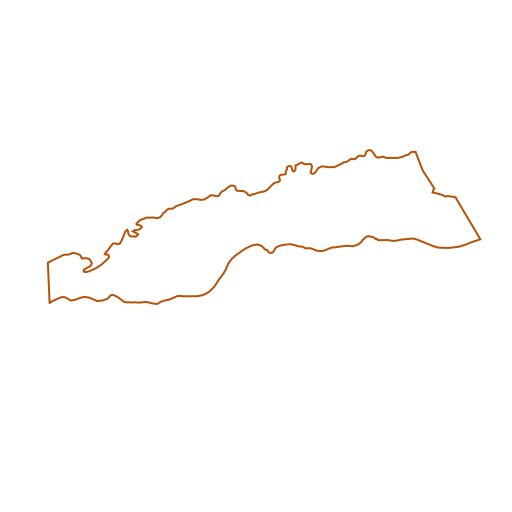 outline of Debreiul, Choiseul, Saint Lucia, rotated 58°
{"feature_id": "8701671B40414621404718", "entity_name": "Debreiul", "entity_type": "district", "adm_level": 2, "iso_a3": "LCA", "parent_name": "Saint Lucia", "parent_adm1": "Choiseul", "projection": "robinson", "projection_center": [-61.025, 13.789], "detail": "fine", "context": "isolated", "style": "outline", "palette": "amber", "viewbox_px": 512, "rotation_deg": 58, "n_neighbors": 0, "source": "geoboundaries", "source_scale": "gbopen_adm2", "svg_char_len": 6102}
<svg xmlns="http://www.w3.org/2000/svg" viewBox="0 0 512 512"><g transform="rotate(58 256 256)"><path d="M293.1,69.0L271.8,69.3L252.1,65.5L251.1,67.5L250.1,68.9L250.4,70.9L250.9,72.9L250.0,75.7L249.6,78.1L249.2,80.2L247.7,84.5L246.2,86.5L244.8,89.0L244.0,89.8L242.5,92.7L241.0,94.3L239.2,95.4L237.9,98.7L237.3,100.3L236.1,101.4L234.8,101.8L228.5,102.1L227.0,102.7L225.9,104.7L225.8,106.8L226.1,107.3L227.3,108.7L228.3,109.9L228.5,111.7L227.4,113.3L226.1,114.3L225.5,116.2L225.7,117.4L225.9,118.6L226.3,119.9L226.0,121.4L224.1,123.6L223.9,124.9L224.2,127.8L224.2,129.6L223.3,131.4L223.0,132.3L223.1,135.0L222.5,139.4L222.2,141.8L221.9,143.1L220.9,144.3L219.9,146.2L219.1,147.5L217.3,149.6L215.8,151.4L214.7,153.2L214.6,155.4L214.4,156.6L215.5,159.0L216.5,161.5L216.8,162.5L216.5,164.3L215.6,165.1L214.7,165.3L214.2,165.4L211.7,162.9L210.6,161.7L209.8,161.1L208.5,160.8L207.1,160.9L206.1,162.3L205.2,164.0L204.2,165.6L203.4,166.5L201.6,167.2L200.7,168.1L200.6,169.3L200.4,172.9L200.2,174.5L201.9,175.6L203.2,176.3L204.1,177.6L204.4,178.4L204.4,179.1L203.5,179.8L202.7,179.8L201.2,179.2L199.6,178.9L198.1,179.1L197.3,179.9L197.0,181.5L197.3,182.7L199.0,184.0L199.6,185.4L200.1,186.2L201.4,186.6L202.1,187.2L202.2,188.1L201.5,189.7L200.7,191.2L200.4,192.3L200.5,193.7L201.2,194.4L202.5,195.1L203.9,195.2L204.9,196.0L205.1,197.0L204.9,198.4L204.2,200.1L203.8,202.0L204.2,204.4L205.7,210.9L205.8,213.6L205.4,215.3L203.5,220.4L203.2,222.0L202.9,223.2L202.7,224.6L201.9,226.1L201.7,226.7L201.7,229.0L200.2,230.2L199.7,230.4L197.8,230.5L195.4,231.5L193.5,233.2L192.6,234.9L191.5,236.1L190.9,237.3L189.9,237.8L188.5,237.9L187.2,237.1L186.0,237.0L184.0,238.3L183.1,239.6L182.9,242.1L183.2,245.8L183.7,247.5L183.2,250.4L183.9,253.1L185.3,255.6L184.4,257.8L181.8,260.4L180.4,262.4L180.8,265.3L180.5,270.4L179.1,273.2L176.9,275.6L174.6,278.9L174.0,284.2L173.3,288.0L172.5,292.4L171.8,295.6L171.4,296.4L171.6,299.7L171.6,302.0L169.8,304.5L169.7,307.2L170.4,309.7L170.4,311.5L171.8,314.8L172.3,317.2L171.4,320.0L169.0,322.6L166.8,326.4L165.4,328.5L165.0,331.6L164.1,334.8L164.7,338.3L165.4,340.4L166.4,340.4L167.6,339.2L168.6,338.0L170.5,337.3L171.4,338.0L171.5,341.0L170.7,343.8L169.8,345.1L169.8,347.3L173.9,345.0L174.6,344.5L175.3,344.6L175.8,346.4L175.7,348.0L174.1,349.9L172.9,352.1L170.3,352.6L167.7,351.8L166.8,351.3L165.7,351.3L165.7,353.2L167.2,355.6L169.3,358.4L172.1,362.4L173.3,364.8L172.8,366.9L170.4,369.1L169.7,370.5L170.5,373.5L171.5,375.6L172.5,378.3L173.3,381.1L174.0,383.2L175.1,382.9L176.4,380.7L178.3,380.7L179.3,381.6L180.1,384.2L180.5,386.4L181.4,392.1L181.5,398.6L180.7,404.5L180.0,407.6L178.6,410.0L177.5,410.2L176.4,409.2L176.4,405.6L176.8,403.2L176.6,400.8L174.8,398.9L172.2,398.8L169.8,399.2L167.7,401.3L166.2,404.6L165.5,405.1L164.4,404.6L161.4,404.9L158.2,407.5L156.2,409.9L155.8,413.2L155.0,415.1L153.2,418.0L151.3,436.0L187.1,456.3L186.9,456.1L186.5,455.4L186.3,453.9L186.5,452.0L187.0,447.3L187.6,444.1L187.7,443.2L188.2,442.0L189.5,440.1L192.0,438.5L195.5,436.9L197.1,433.3L197.3,432.1L197.6,431.1L198.7,426.0L199.0,425.4L199.3,424.3L199.6,423.4L202.7,419.7L206.6,416.9L210.2,414.4L211.0,412.4L212.6,409.3L213.1,406.7L213.5,405.6L213.5,403.7L213.1,402.8L213.0,402.3L212.6,401.2L212.4,400.1L212.9,398.5L213.3,397.7L214.5,396.9L216.2,395.8L217.4,395.3L218.3,394.7L223.8,392.7L224.9,392.1L225.9,391.5L226.1,391.0L226.8,390.2L227.4,389.2L227.7,388.5L228.5,387.6L229.3,386.2L230.5,384.5L230.9,383.6L231.7,382.4L233.4,380.1L234.0,378.9L234.5,378.2L235.7,375.5L236.5,373.7L237.8,372.3L240.1,370.2L240.8,369.5L242.2,367.9L244.3,365.2L244.4,363.0L244.3,361.8L244.9,358.6L245.2,357.4L246.3,354.6L246.9,353.2L247.8,347.5L248.2,345.3L248.3,343.6L248.4,343.4L249.2,342.4L250.1,340.8L251.2,339.7L251.7,339.0L253.2,336.5L254.7,334.2L256.3,331.3L258.1,328.7L259.6,325.6L260.1,324.1L261.0,321.8L261.4,318.2L261.5,316.3L261.5,315.2L261.3,313.9L261.0,312.2L259.9,307.6L259.1,305.7L257.8,303.0L257.2,301.6L256.3,300.0L254.9,296.1L253.8,293.4L253.6,292.7L253.2,292.0L251.3,288.5L250.6,287.8L249.9,286.6L248.8,284.9L248.2,284.2L247.7,283.4L246.7,280.9L245.5,277.8L245.4,277.0L245.3,276.0L244.8,274.2L244.8,272.4L244.5,270.8L244.4,268.9L244.5,268.0L244.5,267.5L244.3,266.8L244.2,265.6L244.1,260.9L244.3,258.9L244.5,258.3L244.6,256.0L244.8,254.9L245.2,253.2L246.3,250.4L246.5,249.5L246.7,249.4L247.3,248.6L248.2,247.7L249.0,246.9L249.8,246.3L250.7,245.9L252.5,245.4L253.9,245.1L254.6,245.1L255.5,244.7L256.1,244.0L256.6,243.5L257.1,243.3L257.5,243.3L258.1,243.4L258.9,243.3L259.8,243.1L260.6,242.6L260.9,242.3L261.3,241.7L261.6,240.9L261.8,240.3L261.8,239.8L261.2,238.2L260.9,237.6L260.1,236.3L259.7,235.5L259.5,234.8L259.4,233.8L259.4,233.2L259.5,232.8L259.8,231.3L260.0,230.1L260.3,229.2L261.8,225.3L262.7,223.5L263.3,222.3L263.8,221.3L264.0,220.9L264.6,220.2L266.0,218.6L267.2,217.5L268.9,216.1L270.3,214.8L271.1,213.9L272.3,212.2L273.0,211.5L273.4,211.3L273.7,211.0L274.6,210.5L275.3,210.3L275.8,209.9L276.1,209.4L276.7,208.2L277.7,206.6L278.2,205.9L279.2,205.0L279.7,204.5L282.3,202.7L284.1,201.2L285.0,200.1L286.1,198.6L286.6,197.7L286.9,197.1L287.6,194.8L288.0,193.0L288.2,191.0L288.9,188.0L289.1,187.2L289.3,186.7L289.6,186.1L290.4,184.6L293.0,178.8L293.4,178.0L294.3,175.8L294.8,174.7L295.1,174.1L298.0,170.2L298.8,169.1L299.0,168.6L299.6,166.5L300.1,165.1L300.2,164.5L300.3,162.9L300.2,160.8L300.0,160.0L300.0,159.8L299.9,159.2L298.9,156.9L298.6,155.2L298.4,154.5L298.2,153.5L298.2,152.1L298.3,151.3L298.6,150.3L298.7,150.1L299.9,149.1L300.0,148.9L300.8,148.1L302.8,146.1L303.1,145.9L304.1,145.9L304.4,145.8L304.9,145.5L305.2,145.0L305.4,144.5L305.7,144.3L306.9,144.3L307.1,144.2L307.3,144.0L307.5,143.6L307.7,143.2L308.5,142.2L311.7,136.8L312.9,135.0L313.6,134.4L315.0,132.7L315.9,131.7L316.1,131.2L317.2,129.2L319.3,123.6L321.7,118.9L323.2,115.9L324.2,113.8L328.0,110.2L329.8,109.0L337.0,103.8L338.7,102.5L342.4,99.8L344.5,97.9L346.1,96.1L349.1,91.6L351.2,88.4L351.6,87.6L352.5,85.7L355.5,79.4L356.6,75.5L357.6,71.2L358.5,66.0L360.7,56.9L311.9,55.7L310.5,57.1L306.9,61.5L305.4,64.5L304.0,64.9L300.7,67.6L295.7,72.6L293.0,69.3L293.1,69.0Z" fill="none" stroke="#b45309" stroke-width="2"/></g></svg>